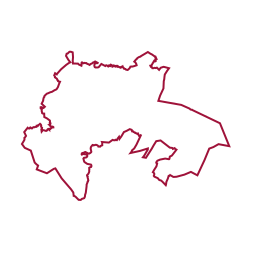 outline of Atenango del Río, Guerrero, Mexico, rotated 8°
{"feature_id": "50627088B76307625874886", "entity_name": "Atenango del Río", "entity_type": "district", "adm_level": 2, "iso_a3": "MEX", "parent_name": "Mexico", "parent_adm1": "Guerrero", "projection": "albers", "projection_center": [-99.114, 18.136], "detail": "fine", "context": "isolated", "style": "outline", "palette": "rose", "viewbox_px": 256, "rotation_deg": 8, "n_neighbors": 0, "source": "geoboundaries", "source_scale": "gbopen_adm2", "svg_char_len": 5657}
<svg xmlns="http://www.w3.org/2000/svg" viewBox="0 0 256 256"><g transform="rotate(8 128 128)"><path d="M43.4,181.7L54.0,184.1L60.2,178.8L61.7,178.1L69.3,187.1L80.2,196.7L82.8,199.5L83.7,202.8L83.7,203.6L84.0,202.9L84.5,202.8L85.8,203.5L89.1,206.0L91.2,205.8L91.5,205.5L92.2,204.6L94.0,203.8L94.4,203.5L94.7,202.7L94.9,201.6L94.8,200.3L95.2,198.0L95.1,191.6L94.9,189.7L95.3,188.3L95.4,187.0L95.8,186.6L95.7,186.0L96.0,185.5L95.4,183.7L94.9,182.8L94.9,181.7L94.2,181.2L94.0,180.5L94.1,180.2L94.9,179.2L95.2,178.6L95.7,176.7L95.4,174.9L95.5,174.5L95.1,172.9L95.9,172.1L96.9,171.7L97.1,170.9L96.9,170.0L96.4,169.4L92.7,169.2L89.7,167.8L89.1,167.0L88.1,164.5L88.5,163.7L90.8,162.9L91.2,162.5L91.6,161.6L91.5,160.9L91.2,160.4L90.2,160.0L87.6,160.0L86.7,159.9L86.3,160.1L86.2,160.7L86.0,160.8L85.8,160.6L85.8,159.6L86.2,159.2L87.9,158.5L88.6,157.9L89.1,157.7L92.6,158.9L93.2,158.7L94.1,158.0L94.8,157.2L95.0,156.7L93.9,153.7L93.9,152.2L94.2,151.5L95.3,149.7L95.8,149.7L96.3,150.0L98.5,149.1L99.4,149.2L100.3,149.5L101.2,150.2L101.3,150.5L103.0,150.3L103.2,149.7L104.9,148.7L104.5,146.0L104.2,145.5L111.1,145.1L114.4,141.9L115.3,142.1L116.7,142.0L117.2,141.4L118.0,141.6L118.7,141.6L119.1,140.1L120.3,138.0L121.1,140.0L122.6,137.2L124.5,132.6L127.2,130.9L129.9,128.9L131.9,129.3L132.5,130.7L133.3,130.5L133.8,130.8L134.0,131.2L135.9,131.6L136.2,131.8L136.2,132.0L136.7,132.0L138.1,132.6L138.3,132.2L138.6,132.0L140.1,134.3L141.1,134.2L142.0,132.6L138.7,143.3L137.0,147.4L135.0,149.7L135.1,150.4L134.0,152.4L143.1,149.0L150.5,145.5L150.6,146.6L148.0,152.9L146.9,154.9L149.9,155.0L154.4,145.2L155.8,141.6L157.8,137.1L162.0,135.8L172.1,141.6L174.6,141.6L175.2,141.9L175.4,142.4L176.9,141.5L177.1,141.9L179.0,142.7L175.3,149.2L173.4,150.5L173.3,152.7L173.1,153.1L172.8,153.2L169.1,153.1L164.2,154.8L161.7,156.3L161.0,157.4L160.8,158.5L161.8,159.0L161.5,162.0L159.7,165.9L158.8,168.3L159.5,168.6L160.3,169.4L160.5,170.6L160.2,171.8L160.9,172.5L164.4,173.5L166.3,175.2L167.8,175.3L169.2,176.1L173.4,179.4L173.5,179.0L173.5,176.0L174.5,172.5L174.9,169.9L175.4,169.8L175.6,169.3L176.1,169.2L176.3,168.8L176.6,169.0L177.2,169.1L179.6,170.1L180.1,170.1L182.9,169.5L190.4,166.3L196.4,162.7L203.3,165.2L208.2,149.2L211.3,137.1L215.2,135.0L219.9,131.4L230.8,131.9L218.4,110.5L189.4,101.3L188.9,101.0L188.0,101.1L187.2,100.9L186.2,100.2L177.5,97.7L154.3,96.9L155.3,91.4L157.6,83.9L156.9,76.6L157.1,74.6L157.0,72.5L157.0,69.9L158.8,65.9L160.3,63.1L155.4,62.5L154.6,62.5L152.0,63.8L150.7,66.1L148.2,64.2L147.2,64.8L146.0,64.7L144.7,65.3L143.8,65.4L143.0,64.4L142.9,64.1L142.1,64.2L141.5,63.2L142.2,63.0L142.6,62.6L142.7,62.2L143.0,61.8L143.4,60.4L144.0,59.6L144.1,58.7L144.5,58.1L144.6,57.6L145.0,57.3L145.7,58.2L146.1,58.0L146.1,57.4L145.7,56.4L146.1,56.1L145.6,55.1L146.3,55.2L145.2,53.4L144.3,53.3L141.4,51.8L139.8,51.3L137.1,50.0L130.6,55.2L130.4,55.6L129.2,56.1L127.7,57.3L127.2,58.0L127.0,58.6L126.7,58.7L125.6,60.3L125.0,61.4L126.2,62.0L127.4,63.6L127.8,64.7L125.2,66.0L123.7,66.6L123.0,66.6L122.4,66.9L121.9,66.9L121.2,68.7L119.6,70.6L117.9,70.5L117.2,69.9L115.9,69.9L115.7,69.8L115.5,69.2L114.7,68.6L114.3,68.6L114.2,68.0L114.1,67.8L113.7,68.3L113.3,68.2L113.2,68.4L112.9,68.5L112.7,69.1L112.2,69.4L111.8,69.3L111.4,68.8L110.5,68.9L110.1,68.7L109.5,68.6L109.2,68.0L109.0,67.9L108.4,68.1L108.4,68.7L107.6,68.4L107.0,68.9L106.9,68.8L107.0,68.3L106.6,68.4L106.1,68.2L105.9,68.4L105.9,68.7L105.5,68.7L105.4,68.2L105.1,68.1L104.9,68.5L105.0,68.9L104.5,69.0L104.0,69.4L103.9,69.2L104.0,68.6L103.8,68.3L103.0,68.0L102.8,68.3L102.5,68.4L102.0,67.8L101.8,68.0L102.0,68.8L101.9,69.1L101.2,69.0L100.6,69.4L100.6,69.1L100.3,68.8L100.1,69.0L100.1,69.6L99.9,69.7L99.4,69.6L98.7,69.1L97.8,68.9L97.5,69.0L96.9,69.8L92.7,68.3L90.5,71.8L89.8,72.2L87.4,72.6L86.6,72.3L86.1,71.3L85.9,70.5L86.1,69.3L86.4,68.7L87.3,68.3L88.8,68.0L88.9,67.7L86.2,66.7L85.8,67.0L86.0,67.5L85.8,67.9L85.4,68.0L84.4,67.9L83.6,68.9L82.0,69.9L81.2,70.9L79.7,70.3L78.7,70.2L77.8,69.5L77.0,69.7L76.1,69.5L75.0,70.1L73.4,69.4L73.1,69.5L72.9,70.2L73.3,71.7L73.2,72.8L70.5,72.0L69.5,71.2L64.5,71.8L63.9,69.1L63.7,65.5L62.7,60.8L61.2,60.5L59.9,60.5L59.3,60.8L57.9,62.6L56.9,63.0L56.6,65.2L59.3,68.6L61.7,71.0L60.7,71.6L58.1,74.0L53.6,79.1L50.2,84.2L50.0,84.8L48.2,83.9L47.6,86.2L48.5,87.1L48.6,88.0L50.6,89.0L51.2,89.7L51.2,90.1L51.5,90.4L51.9,90.6L52.5,91.1L52.4,91.4L53.2,91.7L54.2,91.7L53.6,93.9L52.9,97.3L51.9,99.5L51.2,100.1L50.0,100.8L47.6,102.8L46.1,103.4L43.9,104.8L43.0,105.2L41.6,106.8L40.7,108.2L40.8,108.9L40.4,109.5L40.2,110.4L40.1,112.4L40.2,112.7L39.1,116.0L42.7,118.5L41.6,119.9L39.4,119.4L39.0,119.4L38.6,119.6L38.8,120.7L39.4,121.0L39.7,121.5L40.1,121.6L40.1,123.2L40.4,123.6L40.9,125.2L41.4,125.5L43.0,125.4L43.6,128.8L46.3,129.7L49.6,131.5L49.9,132.7L49.8,133.4L50.2,133.7L50.0,134.0L50.2,134.9L49.9,135.2L50.2,135.2L50.0,135.5L50.0,136.0L50.5,136.0L50.8,136.5L50.9,137.0L51.2,137.0L51.4,137.2L51.9,137.3L52.0,137.5L53.2,137.1L53.9,137.4L54.0,137.8L52.4,138.2L52.1,138.7L51.4,139.2L51.3,139.8L50.9,140.2L50.0,139.8L49.6,139.9L49.8,140.4L49.5,140.2L49.0,140.2L48.4,140.8L48.2,141.3L48.3,141.4L47.8,142.1L47.0,142.3L44.9,141.9L43.4,142.2L43.3,143.1L43.0,143.6L42.6,142.3L42.7,141.9L42.4,141.4L43.0,140.9L42.7,140.1L42.8,139.7L42.3,139.4L41.9,138.9L41.7,138.5L41.7,137.6L41.2,136.7L40.3,136.1L39.6,137.0L38.5,137.8L38.6,138.3L37.8,138.7L37.3,138.6L37.3,139.5L36.9,139.7L36.1,139.7L35.3,140.3L34.3,140.3L33.8,140.7L33.0,141.8L32.6,141.8L31.4,141.0L30.9,141.3L30.7,142.1L30.3,142.3L29.3,142.2L28.6,141.7L25.8,146.5L28.1,150.0L27.1,152.0L26.8,152.2L27.1,154.0L26.5,155.6L25.2,158.6L28.5,162.0L34.9,163.9L40.4,175.2L42.4,176.7L44.2,177.7L43.4,181.7Z" fill="none" stroke="#9f1239" stroke-width="2"/></g></svg>